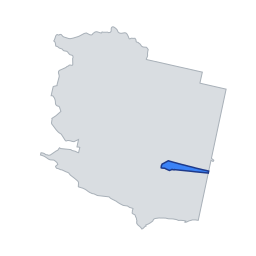 Al Buhaira, River Nile, Sudan (highlighted), rotated 102°
{"feature_id": "16777658B74414599531320", "entity_name": "Al Buhaira", "entity_type": "district", "adm_level": 2, "iso_a3": "SDN", "parent_name": "Sudan", "parent_adm1": "River Nile", "projection": "natural_earth1", "projection_center": [32.571, 20.233], "detail": "fine", "context": "in_parent", "style": "filled", "palette": "blue", "viewbox_px": 256, "rotation_deg": 102, "n_neighbors": 0, "source": "geoboundaries", "source_scale": "gbopen_adm2", "svg_char_len": 4632}
<svg xmlns="http://www.w3.org/2000/svg" viewBox="0 0 256 256"><g transform="rotate(102 128 128)"><path d="M172.6,208.0L170.4,208.0L170.2,207.4L170.2,205.8L170.4,204.6L171.2,202.7L171.0,201.6L171.2,200.1L170.6,198.4L165.4,193.5L164.4,192.1L161.6,190.9L162.1,189.5L161.0,179.4L161.6,178.2L161.7,176.4L161.7,174.9L162.4,172.3L162.4,171.2L157.0,171.1L156.9,172.2L157.1,173.5L157.1,174.0L149.5,174.0L152.6,178.0L152.7,179.7L152.5,181.9L152.6,183.3L152.7,184.2L153.6,185.9L153.5,186.3L153.3,186.7L147.9,192.0L147.0,194.4L146.3,195.7L144.7,197.9L139.8,203.5L138.9,203.9L135.2,204.1L134.8,204.2L134.5,204.5L134.4,204.4L131.1,201.1L125.7,197.1L122.1,199.2L121.2,200.0L121.1,201.9L120.6,202.9L119.6,203.9L117.0,204.6L115.6,205.2L113.9,206.3L112.3,208.1L112.2,209.0L112.4,209.9L103.2,209.8L102.6,209.1L101.3,206.2L100.4,206.4L92.0,206.0L90.8,206.3L88.5,207.5L87.3,207.7L86.0,207.2L81.7,201.3L80.7,200.6L79.7,199.2L78.8,198.6L78.5,198.1L78.4,197.5L78.4,196.2L78.1,195.4L77.4,195.2L71.5,196.6L70.7,196.4L69.5,196.7L69.0,196.9L68.5,197.7L68.4,199.3L68.3,200.1L67.8,201.0L66.1,203.0L65.7,203.9L65.8,206.1L65.7,207.2L65.4,207.7L64.7,208.5L64.4,209.0L64.1,211.8L63.2,213.5L63.0,214.1L62.9,215.3L62.8,215.7L60.1,216.7L59.1,217.3L58.5,218.3L58.3,218.7L57.2,218.3L55.7,218.1L52.9,217.8L51.8,217.3L51.3,216.7L51.5,215.0L51.2,214.6L50.8,214.3L50.5,213.6L50.5,212.7L52.0,210.7L52.3,209.7L52.8,204.7L52.7,203.2L51.5,200.4L48.9,195.7L48.2,194.7L44.9,190.8L44.5,190.2L43.7,188.5L44.7,184.9L44.7,183.9L44.5,182.9L43.7,182.1L42.9,182.0L41.9,181.0L41.3,180.6L40.7,179.7L40.3,178.5L40.7,174.2L40.5,173.6L39.6,173.5L39.4,173.2L39.5,172.4L39.0,169.9L38.5,167.9L38.8,166.8L38.1,165.2L36.8,164.6L34.1,165.1L33.3,165.0L32.7,164.7L32.3,164.2L32.1,163.5L32.3,162.5L33.1,160.7L34.1,159.2L36.0,157.8L36.5,157.1L36.8,156.3L36.9,155.4L36.8,154.4L36.5,153.5L36.0,152.3L35.5,150.9L35.5,150.0L35.7,149.3L36.3,148.5L38.2,146.9L40.2,145.6L40.5,145.2L40.4,144.6L39.5,143.5L39.2,141.4L38.8,139.9L39.8,138.8L40.5,138.4L41.6,138.1L42.1,137.6L42.2,136.8L42.2,135.9L42.6,135.3L43.2,133.9L43.6,133.3L45.1,131.8L45.5,130.7L45.6,129.8L45.2,126.8L46.1,125.5L47.2,124.5L48.8,124.6L51.2,124.4L52.9,123.9L54.1,123.9L56.8,124.5L57.1,124.3L57.2,123.5L57.9,66.9L69.1,67.0L69.2,66.9L69.6,40.1L139.9,40.1L140.4,40.0L141.6,37.5L142.0,37.3L142.7,37.5L143.0,38.1L142.4,40.1L203.7,40.1L203.9,43.1L204.4,45.6L206.2,49.1L207.7,51.0L208.2,52.0L208.3,52.5L208.2,52.9L207.8,52.4L207.0,52.1L206.9,53.7L207.3,57.1L207.9,59.4L207.5,61.6L207.6,65.3L208.4,69.7L208.3,72.5L209.6,79.1L210.9,82.7L211.6,83.6L212.3,84.1L213.8,84.4L216.0,86.3L217.7,88.2L218.4,89.3L219.2,90.4L219.8,90.2L220.1,89.9L220.7,90.8L223.5,92.7L223.9,93.7L222.9,94.5L221.8,96.1L221.2,97.5L220.9,98.0L220.0,98.9L219.9,99.3L219.5,99.6L219.1,99.6L218.1,100.1L217.3,99.9L216.4,100.2L216.1,100.5L215.4,100.8L214.5,101.0L213.1,102.2L211.9,102.8L211.5,103.3L210.8,105.7L210.3,106.3L208.5,106.4L207.6,106.6L206.4,106.3L205.8,106.3L205.6,106.9L205.4,108.9L205.4,109.8L204.4,112.2L204.7,116.6L203.8,119.9L203.6,120.6L202.6,123.2L202.1,124.2L200.8,129.1L200.3,130.6L199.3,132.2L200.4,143.9L199.5,147.5L199.6,149.4L198.9,152.3L198.4,153.7L197.6,155.3L196.9,157.1L196.3,159.5L195.9,164.0L195.7,164.4L192.5,164.9L191.4,165.2L190.7,165.7L189.9,166.9L188.2,170.1L187.3,172.0L186.0,174.7L184.4,176.5L184.0,177.5L183.8,179.2L183.2,181.8L182.7,183.8L182.8,185.3L182.2,188.0L182.3,189.3L181.8,190.0L181.0,190.7L180.5,190.9L178.2,189.1L176.6,190.3L175.6,192.0L174.8,193.8L175.3,197.5L175.2,198.3L175.0,199.2L173.5,202.8L173.0,204.5L172.6,207.3L172.6,208.0Z" fill="#d9dde1" stroke="#a8b0b8" stroke-width="1"/><path d="M155.4,40.1L154.6,40.1L153.6,40.1L153.4,40.1L153.4,40.3L153.4,41.2L153.4,41.3L153.3,42.0L153.3,44.0L153.3,46.4L153.2,48.9L153.2,49.0L153.2,49.4L153.2,49.7L153.1,53.9L153.0,55.1L152.9,57.1L152.8,60.5L152.8,61.3L152.7,62.5L152.7,63.3L152.6,64.4L152.6,64.6L152.5,68.4L152.4,69.3L152.4,70.5L152.4,71.1L152.3,71.6L152.3,71.8L152.3,72.1L152.2,73.3L152.0,77.5L151.9,78.2L151.9,78.5L151.9,78.8L151.9,79.1L151.7,81.4L151.7,81.5L151.7,81.8L151.9,82.0L152.1,82.3L152.5,82.8L152.8,83.0L153.0,83.3L153.1,83.5L153.4,83.8L153.8,84.3L154.1,84.6L154.8,85.4L155.7,86.5L155.9,86.8L156.1,86.9L156.2,87.1L156.3,87.1L156.7,87.2L157.6,87.4L157.9,87.5L159.3,87.4L159.9,87.3L160.0,87.3L160.1,87.0L160.1,86.4L160.0,85.4L159.9,84.8L159.8,84.0L159.7,83.7L160.1,82.6L160.3,81.8L160.3,81.6L160.7,79.8L160.8,79.1L160.9,78.5L160.6,78.2L160.1,77.3L159.8,76.9L159.4,76.5L159.3,76.2L159.5,75.4L159.5,75.0L159.0,74.1L159.1,73.8L159.2,73.7L159.0,73.3L158.9,72.5L157.2,57.1L156.9,53.7L155.4,40.3L155.4,40.1L155.4,40.1Z" fill="#3b82f6" stroke="#1e3a8a" stroke-width="1.5"/></g></svg>